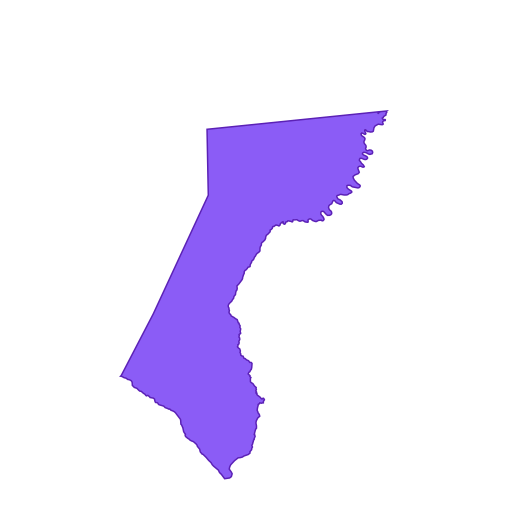 the district of Fortul, Arauca, Colombia, rotated 308°
{"feature_id": "7082276B84202288192164", "entity_name": "Fortul", "entity_type": "district", "adm_level": 2, "iso_a3": "COL", "parent_name": "Colombia", "parent_adm1": "Arauca", "projection": "robinson", "projection_center": [-71.844, 6.696], "detail": "fine", "context": "isolated", "style": "filled", "palette": "violet", "viewbox_px": 512, "rotation_deg": 308, "n_neighbors": 0, "source": "geoboundaries", "source_scale": "gbopen_adm2", "svg_char_len": 6079}
<svg xmlns="http://www.w3.org/2000/svg" viewBox="0 0 512 512"><g transform="rotate(308 256 256)"><path d="M61.2,368.4L64.9,371.9L67.0,372.4L69.7,371.3L70.5,369.7L71.6,366.1L73.7,365.1L75.9,364.6L81.6,365.1L86.0,366.2L87.4,367.7L89.1,369.0L91.1,369.7L94.8,372.1L97.0,372.6L98.1,371.7L100.6,371.8L102.0,371.0L103.3,370.8L104.2,369.3L106.1,369.0L106.6,368.5L107.5,368.2L107.8,368.3L108.9,367.6L110.1,367.3L110.3,367.5L110.7,367.1L113.4,366.3L113.6,366.1L114.2,364.6L114.7,364.7L115.1,364.1L118.3,362.7L119.9,362.3L120.6,362.4L122.5,360.9L124.4,358.7L126.3,357.7L129.5,357.1L132.0,357.6L132.8,356.7L133.5,355.2L133.7,354.1L134.4,353.3L135.1,351.9L137.2,350.7L139.9,349.5L140.3,349.1L140.8,349.1L141.7,349.7L142.6,349.4L143.5,351.1L144.3,351.6L144.8,352.2L145.7,351.5L146.8,351.2L147.8,351.2L148.1,350.9L148.5,349.6L148.3,349.1L147.4,349.0L147.0,348.7L146.9,347.9L147.3,346.0L147.2,342.9L147.5,341.8L148.4,341.3L148.0,340.6L148.1,340.2L149.2,340.0L149.6,338.8L150.9,338.6L151.5,337.7L152.5,337.1L152.6,334.9L153.5,332.2L153.3,329.9L153.5,329.0L156.0,327.0L157.1,326.8L157.2,325.4L158.0,325.0L158.2,322.5L158.5,322.3L160.0,322.0L160.9,322.4L162.8,322.0L163.8,322.1L165.5,321.3L168.8,319.1L169.1,318.3L169.1,317.6L168.3,316.6L168.9,314.6L168.3,312.4L168.5,310.7L168.0,309.5L169.1,307.5L168.6,306.5L168.5,305.1L169.8,303.8L170.1,302.8L171.5,302.2L172.6,300.7L172.8,300.3L172.7,299.5L172.8,297.7L173.2,297.2L174.0,297.2L175.0,296.3L176.1,296.7L177.3,296.1L178.1,295.1L180.2,294.6L181.4,293.5L181.6,292.5L183.0,291.8L183.7,291.0L184.5,291.1L185.1,291.6L185.7,291.5L186.8,290.0L189.0,288.9L189.3,288.6L189.8,287.2L191.2,286.5L191.8,284.9L192.6,284.0L192.5,283.1L194.3,280.3L194.0,278.5L194.0,276.5L193.5,273.3L194.1,272.4L194.4,270.4L195.0,269.4L196.8,268.5L197.4,267.4L198.3,266.8L198.9,265.4L199.9,264.6L201.1,264.2L203.2,264.3L205.3,264.7L207.5,264.3L208.6,264.5L210.6,263.5L212.9,263.6L214.7,262.5L216.4,261.8L217.4,261.9L218.8,261.2L220.7,259.4L223.3,259.7L228.7,259.6L229.9,259.3L230.8,258.7L233.6,257.7L235.0,257.4L236.4,256.4L237.2,256.3L237.9,256.2L238.6,256.6L240.7,256.8L242.2,256.6L243.7,257.7L244.3,257.7L245.3,256.9L246.9,256.5L248.0,256.5L249.1,255.9L250.6,255.9L251.4,256.3L254.3,255.5L255.5,255.6L257.5,255.2L258.9,255.3L260.6,255.9L262.4,256.0L264.2,254.6L265.6,253.8L267.9,253.5L269.2,252.5L270.5,252.4L271.2,252.7L274.1,253.1L275.8,252.7L277.0,251.9L278.8,251.4L280.4,251.9L283.8,252.2L285.1,251.2L286.4,251.7L287.8,251.8L289.0,251.2L289.6,251.2L289.9,251.3L290.2,251.9L292.4,252.5L292.8,252.8L293.6,254.6L293.8,255.6L295.1,255.9L296.5,255.3L298.8,255.7L299.6,256.2L299.3,256.7L298.4,257.2L298.4,258.4L298.7,259.0L299.6,259.2L301.0,258.6L302.4,259.5L303.1,259.4L303.6,259.8L305.0,262.7L305.0,263.3L305.4,263.7L305.8,263.7L307.0,263.0L307.6,263.2L307.8,263.7L309.8,265.9L309.9,267.3L310.2,268.7L311.0,269.7L312.1,270.3L312.9,271.3L313.1,273.7L314.3,275.8L314.6,276.1L315.1,276.0L316.3,274.9L316.7,274.8L317.9,275.2L318.5,275.6L318.8,276.2L318.9,277.0L318.8,278.7L319.7,281.5L320.4,282.4L322.5,283.3L324.4,285.3L324.4,286.4L324.9,287.0L325.8,287.2L326.9,287.0L327.7,285.7L328.3,284.2L328.5,282.6L329.0,281.3L329.8,280.5L330.6,280.2L331.1,280.1L331.9,280.5L332.7,281.8L332.0,286.0L332.1,287.4L333.4,289.0L334.7,289.6L335.9,289.6L337.1,288.6L337.6,287.3L337.6,286.1L337.8,285.0L338.8,283.4L339.6,282.9L340.6,282.5L341.6,282.6L343.9,283.5L346.4,282.7L347.6,283.0L347.9,283.6L348.0,284.4L347.5,286.4L348.5,290.2L349.3,291.3L350.7,291.5L351.7,290.6L351.9,289.6L352.0,287.6L351.5,285.6L351.6,285.0L352.4,283.2L352.8,282.8L353.7,282.8L355.0,283.8L356.2,284.3L356.9,285.1L358.4,288.0L359.8,289.7L360.8,290.5L362.4,290.9L363.6,291.7L365.1,292.2L365.8,291.7L365.9,291.1L365.6,287.4L365.9,285.5L367.3,284.4L367.8,284.5L368.5,285.1L369.4,286.3L369.8,287.1L369.7,288.3L369.9,289.5L372.4,294.4L373.3,295.1L374.4,295.3L375.4,295.0L375.8,294.1L375.6,291.1L376.3,286.8L377.4,284.5L378.5,283.5L381.1,284.2L383.7,285.8L385.2,285.9L385.6,285.8L387.4,282.8L388.2,281.9L389.6,281.9L390.6,282.5L391.3,283.4L391.6,285.1L392.0,285.8L392.7,286.3L393.1,286.3L393.8,284.5L394.0,281.9L394.7,280.2L394.9,278.7L395.9,278.0L397.0,277.9L398.0,279.1L398.8,281.9L399.4,282.9L400.3,283.6L401.7,283.7L402.2,283.3L402.5,282.7L402.5,281.3L401.8,278.4L401.9,277.2L402.5,276.7L403.2,276.7L404.1,277.1L404.9,278.4L405.3,279.6L405.6,281.8L406.2,283.2L408.1,284.6L409.3,284.3L410.3,283.2L410.3,281.6L409.5,280.2L407.6,279.0L407.3,278.4L407.4,277.4L408.0,276.3L408.6,275.9L409.5,275.8L410.4,275.0L410.8,274.4L411.3,272.3L411.8,271.3L412.8,270.5L414.6,270.2L415.8,269.4L416.1,268.1L415.9,264.9L417.0,263.5L418.0,263.6L418.3,264.1L418.9,267.0L419.6,267.3L420.1,267.2L421.3,265.0L421.9,264.3L422.6,264.2L422.8,264.4L422.9,265.2L422.6,266.8L422.8,267.4L423.4,268.2L424.1,269.8L425.4,271.2L426.6,271.6L429.7,270.0L431.9,269.8L435.2,271.2L436.8,274.1L437.5,274.9L438.3,275.0L439.3,273.4L440.0,273.1L441.2,273.4L442.3,274.4L442.7,274.2L443.0,274.0L443.0,273.6L442.2,272.9L441.9,271.7L442.1,271.1L442.4,270.6L443.6,271.0L444.4,270.7L447.1,271.6L448.4,270.7L449.7,270.6L450.2,269.7L450.8,269.8L445.1,263.8L444.9,263.9L445.0,264.5L444.6,264.3L444.0,264.7L443.6,264.5L443.6,264.3L444.9,263.6L325.7,139.4L274.5,181.0L147.1,210.7L78.8,223.4L77.9,223.3L78.5,224.4L78.9,227.0L79.7,228.7L79.8,231.1L80.5,232.2L80.9,234.3L80.7,235.2L80.1,236.3L77.9,238.2L77.5,241.0L78.4,243.6L78.0,246.4L78.0,247.6L78.7,248.9L78.5,251.7L78.7,253.6L78.3,255.1L78.3,255.7L79.6,256.6L79.6,258.4L79.3,259.7L80.8,262.6L80.8,264.1L79.4,265.7L78.8,266.8L78.8,267.2L79.6,268.4L79.6,269.3L79.1,270.4L79.1,271.1L80.9,275.7L80.6,277.8L81.3,279.8L81.7,281.7L82.3,282.2L82.1,284.2L82.5,285.0L83.0,287.4L82.9,289.0L80.8,297.0L79.9,298.0L77.2,300.4L77.1,301.3L75.6,304.1L73.0,307.2L72.4,308.9L72.2,310.0L71.9,310.3L71.3,310.3L70.4,311.6L70.3,314.6L70.5,315.6L70.3,317.5L70.7,319.5L71.2,320.9L71.0,324.6L70.6,326.1L69.9,327.0L69.1,330.5L67.4,332.6L67.1,333.5L67.0,334.7L66.7,335.5L67.1,336.4L66.6,340.8L65.8,344.5L65.5,347.8L64.6,350.0L64.3,351.9L64.1,358.3L63.1,360.1L62.7,361.7L62.7,362.8L61.2,368.4Z" fill="#8b5cf6" stroke="#5b21b6" stroke-width="1.5"/></g></svg>